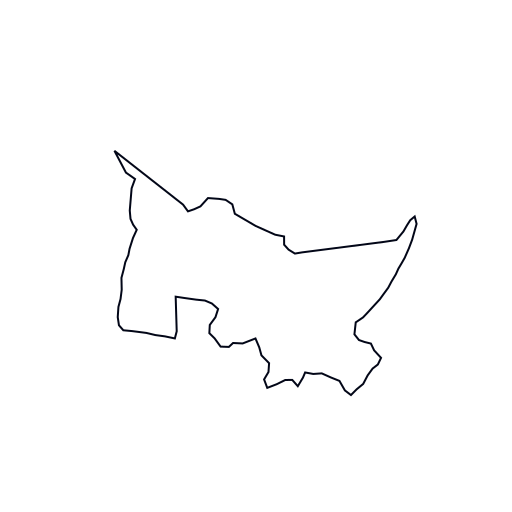 Cortês, Pernambuco, Brazil, rotated 324°
{"feature_id": "56859067B35523220446037", "entity_name": "Cortês", "entity_type": "district", "adm_level": 2, "iso_a3": "BRA", "parent_name": "Brazil", "parent_adm1": "Pernambuco", "projection": "albers", "projection_center": [-35.53, -8.422], "detail": "fine", "context": "isolated", "style": "outline", "palette": "ink", "viewbox_px": 512, "rotation_deg": 324, "n_neighbors": 0, "source": "geoboundaries", "source_scale": "gbopen_adm2", "svg_char_len": 1460}
<svg xmlns="http://www.w3.org/2000/svg" viewBox="0 0 512 512"><g transform="rotate(324 256 256)"><path d="M203.3,87.7L199.8,112.1L203.4,122.6L195.2,128.1L180.6,145.0L176.3,152.2L175.0,158.4L174.9,164.7L167.1,169.1L158.0,175.8L153.2,180.3L146.6,184.2L141.3,188.9L134.3,194.6L127.5,204.4L121.1,211.2L114.8,216.3L108.2,224.2L104.4,231.5L105.0,238.1L111.6,243.9L122.1,253.8L128.1,260.8L135.1,267.5L141.9,275.0L147.6,270.3L167.1,241.7L173.5,248.0L181.9,256.1L188.5,262.0L192.4,268.5L194.2,276.6L187.2,281.7L178.1,284.6L172.9,291.0L174.1,298.3L174.1,308.5L180.6,313.6L186.3,312.9L193.8,318.9L207.1,322.4L204.9,331.9L202.0,339.6L203.6,350.4L197.9,357.2L190.0,360.6L187.6,369.3L197.4,371.9L206.8,373.5L212.5,377.6L213.3,385.9L222.5,382.0L227.3,379.1L233.0,385.1L240.2,389.6L245.2,398.3L250.1,406.1L248.9,417.0L251.1,424.3L259.1,423.0L267.5,422.5L276.2,418.2L284.2,415.6L290.8,415.4L297.3,411.9L296.1,401.8L297.5,394.4L293.3,389.4L289.9,384.5L289.6,377.2L297.7,368.3L306.5,368.6L313.4,367.3L330.7,363.8L337.1,361.7L344.3,359.4L350.6,356.3L358.4,353.0L363.8,349.9L369.2,347.6L375.2,344.9L384.3,339.6L391.9,334.6L400.0,328.2L404.8,324.4L407.6,317.3L401.8,317.7L396.2,319.9L389.7,322.8L379.0,325.6L368.0,319.9L295.5,280.2L288.9,276.9L286.1,270.0L285.4,263.4L290.2,256.7L284.0,250.0L273.4,231.5L263.7,209.4L267.2,200.3L264.4,192.7L259.7,188.1L251.2,180.9L240.2,183.2L233.4,181.8L227.2,179.9L227.2,171.6L203.3,87.7Z" fill="none" stroke="#020617" stroke-width="2"/></g></svg>